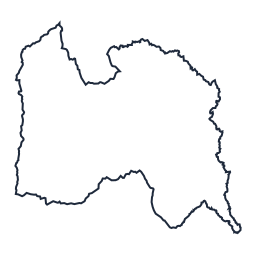 Mae Wang, Chiang Mai, Thailand
{"feature_id": "78962969B90127177876527", "entity_name": "Mae Wang", "entity_type": "district", "adm_level": 2, "iso_a3": "THA", "parent_name": "Thailand", "parent_adm1": "Chiang Mai", "projection": "equal_earth", "projection_center": [98.727, 18.674], "detail": "fine", "context": "isolated", "style": "outline", "palette": "slate", "viewbox_px": 256, "rotation_deg": 0, "n_neighbors": 0, "source": "geoboundaries", "source_scale": "gbopen_adm2", "svg_char_len": 5772}
<svg xmlns="http://www.w3.org/2000/svg" viewBox="0 0 256 256"><path d="M98.5,188.5L98.7,184.2L101.7,181.0L102.7,178.5L105.4,178.6L106.7,177.2L111.6,180.3L115.6,180.2L118.0,179.2L120.7,175.9L122.8,177.9L123.9,177.9L125.8,174.3L127.5,173.9L129.0,174.2L131.2,170.8L133.9,172.0L135.2,171.7L136.5,172.8L139.6,170.5L141.2,171.8L144.0,176.0L145.0,178.7L146.6,180.8L147.0,182.6L150.0,187.4L150.6,187.9L153.0,188.4L153.6,189.2L152.7,193.1L152.6,195.5L152.0,197.1L151.6,202.1L152.6,206.7L153.9,210.4L155.7,213.7L161.0,217.3L163.5,220.4L164.6,220.5L169.8,227.3L171.5,228.0L173.1,227.4L175.9,227.9L177.4,226.1L178.9,225.8L180.0,226.1L180.9,225.2L181.6,225.1L182.1,223.5L183.2,222.6L183.5,221.8L184.0,221.9L184.9,219.0L188.5,216.1L189.5,214.7L189.5,214.0L190.1,214.0L191.5,211.8L191.7,212.1L193.3,211.4L193.4,210.2L193.8,210.5L195.0,208.8L195.9,208.6L196.4,207.8L199.9,206.4L201.4,204.4L201.5,202.6L202.8,202.5L203.7,201.0L204.4,200.7L205.3,201.3L206.2,203.7L206.8,204.2L207.1,206.8L208.0,207.5L209.1,207.6L210.2,209.0L211.2,209.1L211.6,208.2L212.2,209.5L214.4,209.7L215.3,210.6L216.1,210.4L216.5,211.0L216.3,212.4L216.9,213.4L218.0,213.8L218.3,215.3L219.4,215.9L220.3,217.1L221.0,217.0L222.0,217.8L221.9,219.0L223.6,220.6L225.4,221.4L226.9,220.9L229.3,221.1L229.5,222.3L228.6,222.6L228.6,223.2L229.5,224.6L232.3,226.4L232.1,228.0L233.0,230.0L234.1,231.1L234.2,232.3L235.0,231.9L236.2,232.8L237.0,232.2L237.7,232.9L240.5,230.1L240.6,227.5L240.1,227.2L239.6,224.4L238.4,224.3L237.5,224.8L236.9,223.5L236.2,223.2L236.2,222.5L235.5,222.4L235.0,220.4L233.9,219.8L233.8,218.4L232.9,217.9L230.2,214.7L230.1,212.6L229.5,211.1L230.3,208.4L229.8,208.0L228.9,208.4L229.7,206.9L228.9,206.0L228.5,204.5L228.7,203.7L227.7,203.0L227.7,201.7L226.0,199.9L225.2,197.8L225.1,195.4L224.2,194.9L225.6,192.1L227.2,191.7L227.4,191.2L227.4,188.9L226.6,186.4L227.1,185.1L226.4,183.7L227.7,182.9L227.5,181.0L228.4,178.5L228.7,175.0L228.4,174.6L229.5,173.5L229.5,172.8L230.1,172.2L230.0,171.6L225.9,172.2L226.1,170.9L225.1,170.2L223.4,167.1L223.6,166.5L224.3,166.3L224.3,165.5L222.5,164.7L222.7,163.7L223.4,163.8L223.6,162.8L221.7,162.1L220.5,162.4L218.7,160.7L218.1,159.4L217.9,156.9L216.8,156.8L216.1,154.6L216.9,154.4L217.3,153.1L218.6,153.0L220.0,151.8L219.6,149.9L220.4,148.7L219.2,147.7L219.8,146.0L219.3,144.3L219.7,143.7L219.7,142.2L218.8,141.7L219.0,139.9L219.4,138.9L220.2,138.7L220.2,137.1L221.7,135.7L222.5,132.3L222.0,132.0L222.2,131.4L220.7,131.7L219.7,131.0L219.6,129.5L219.1,128.8L218.6,129.2L218.0,128.8L217.2,129.5L216.5,129.2L216.2,127.8L216.4,126.3L215.1,123.8L214.1,123.7L213.2,121.7L210.3,120.0L209.4,118.9L210.5,117.6L211.9,116.9L213.0,113.9L212.7,112.1L210.9,113.4L210.3,113.3L210.0,112.1L210.6,110.4L212.8,108.1L215.4,108.0L215.9,106.2L216.9,105.5L217.5,104.3L217.4,103.7L216.2,102.4L216.3,101.0L216.8,100.8L218.6,101.5L220.0,99.2L219.9,97.3L218.5,96.7L218.6,93.0L219.7,91.8L219.0,90.4L219.1,89.0L217.2,87.8L217.3,86.5L215.8,84.1L214.9,80.2L212.5,81.7L211.4,83.3L210.9,84.9L210.3,85.0L209.3,84.4L208.3,82.0L205.9,81.2L205.3,80.1L203.7,79.6L203.0,76.7L201.3,75.8L199.3,73.9L197.2,74.7L197.1,71.7L195.8,70.8L194.8,69.1L193.1,70.4L192.5,70.3L191.8,68.6L192.1,67.5L191.8,67.3L190.6,68.3L190.4,65.6L188.4,63.5L187.8,61.7L185.7,60.8L183.9,60.7L183.4,56.3L181.4,57.0L180.3,56.6L179.7,55.4L178.4,55.3L178.2,53.5L179.1,52.4L178.9,51.1L177.2,50.5L176.1,51.0L175.0,50.4L173.5,51.6L172.6,51.1L171.3,51.7L169.9,51.2L167.3,53.0L165.1,53.5L164.9,52.4L164.3,52.5L163.2,50.9L160.7,50.1L160.4,47.9L158.9,46.5L156.5,46.8L154.4,45.3L152.9,44.8L152.0,45.2L151.2,43.8L149.6,44.5L149.2,42.7L147.5,40.1L144.7,40.9L142.4,39.0L141.1,39.5L140.1,40.9L140.3,42.0L139.8,42.3L139.1,41.3L137.2,42.0L135.3,41.6L134.9,42.4L132.8,41.5L132.8,42.4L131.7,44.3L131.8,45.0L127.9,44.9L128.1,46.2L127.5,46.8L126.6,46.2L125.2,46.2L123.8,46.4L123.6,47.1L123.0,47.2L122.6,47.0L122.5,45.7L120.6,45.5L119.6,47.2L119.6,48.6L118.8,49.4L116.2,47.0L114.8,47.2L114.1,46.2L110.8,47.8L109.3,49.7L107.1,54.1L108.8,56.0L110.5,62.3L111.8,65.5L112.5,66.1L115.4,66.6L119.8,71.3L118.0,71.5L115.8,73.2L114.6,77.0L113.5,79.0L110.4,78.8L108.8,80.9L104.5,83.8L100.7,82.2L99.8,82.3L98.4,83.5L94.0,83.7L92.5,83.0L90.3,83.0L88.7,82.2L85.7,84.7L81.4,77.9L79.7,72.8L79.3,69.9L77.8,69.3L77.4,65.8L75.9,64.0L75.1,58.8L74.3,58.5L72.8,59.7L71.1,59.0L69.6,59.5L68.4,55.8L68.2,52.6L66.9,49.9L65.9,49.1L61.8,48.2L62.5,46.1L62.6,43.8L61.5,40.7L60.6,32.8L61.2,30.8L62.1,30.6L62.1,28.7L61.7,27.5L59.5,25.4L59.5,23.1L58.1,24.8L56.6,25.5L55.6,27.7L51.2,29.1L50.0,29.9L48.3,31.6L48.1,33.3L47.2,34.3L44.1,34.9L42.9,36.1L41.4,36.8L40.7,37.8L40.4,39.8L39.2,41.2L35.8,42.4L34.6,43.5L33.1,43.3L29.9,46.5L28.5,45.7L25.7,46.7L25.1,48.7L23.8,48.9L22.7,49.9L22.4,51.9L21.9,52.0L21.1,54.6L21.2,57.0L22.5,60.5L21.7,62.0L22.7,62.8L22.8,64.8L19.2,71.2L18.9,72.7L16.6,75.4L16.8,78.0L16.0,79.9L16.9,80.4L19.4,80.1L19.3,83.4L21.4,90.9L21.0,91.4L19.0,91.5L18.5,93.1L19.0,94.1L21.1,95.0L22.3,96.5L21.9,98.1L22.3,99.2L21.8,100.2L21.9,101.5L22.8,103.4L22.5,109.6L24.1,112.2L23.6,113.8L22.4,114.8L22.0,115.9L22.9,119.3L22.9,121.4L22.3,125.1L21.1,126.2L21.7,130.4L20.5,132.9L21.1,136.0L23.3,138.3L23.6,139.2L23.4,140.1L21.5,142.3L20.8,146.2L18.5,148.9L19.1,151.0L18.9,152.6L19.1,153.8L18.3,158.6L18.4,160.2L17.7,160.6L17.0,162.7L16.3,163.0L15.4,165.9L16.7,167.6L17.5,170.2L17.1,171.5L17.4,173.0L16.8,174.9L17.6,176.2L17.9,179.9L17.2,182.1L17.5,183.4L16.1,186.9L15.9,189.0L16.5,190.1L15.8,194.0L18.2,194.4L22.1,196.2L23.9,195.3L26.6,192.9L30.6,194.2L34.1,194.7L36.0,194.5L37.2,196.1L40.1,196.5L40.7,198.9L44.3,197.8L45.5,198.2L46.0,203.5L47.1,204.6L53.2,201.2L57.5,202.7L58.3,202.6L59.6,201.6L60.7,203.4L64.3,203.1L67.1,204.2L71.1,203.3L74.4,204.1L79.4,203.0L81.1,203.3L84.6,201.2L85.7,198.5L88.5,196.1L89.1,193.8L91.8,193.1L98.5,188.5Z" fill="none" stroke="#1e293b" stroke-width="2"/></svg>